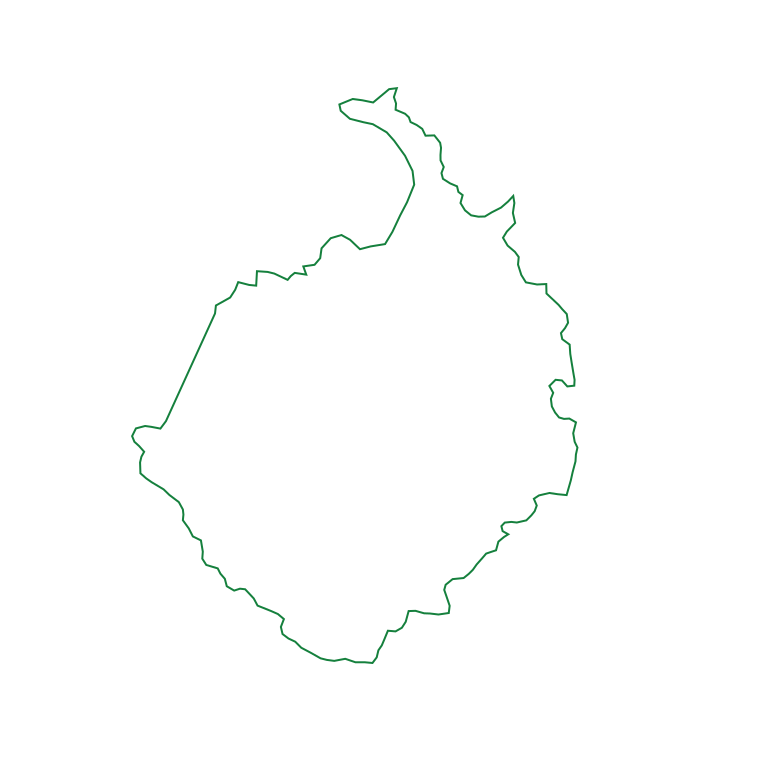 Petrolina de Goiás, Goiás, Brazil (Mercator projection), rotated 293°
{"feature_id": "56859067B28071747683411", "entity_name": "Petrolina de Goiás", "entity_type": "district", "adm_level": 2, "iso_a3": "BRA", "parent_name": "Brazil", "parent_adm1": "Goiás", "projection": "mercator", "projection_center": [-49.296, -16.111], "detail": "fine", "context": "isolated", "style": "outline", "palette": "green", "viewbox_px": 768, "rotation_deg": 293, "n_neighbors": 0, "source": "geoboundaries", "source_scale": "gbopen_adm2", "svg_char_len": 2758}
<svg xmlns="http://www.w3.org/2000/svg" viewBox="0 0 768 768"><g transform="rotate(293 384 384)"><path d="M607.6,429.5L600.4,426.9L592.1,422.8L584.1,416.1L577.6,411.4L574.9,405.5L573.3,398.3L575.5,390.7L580.5,383.7L588.6,382.6L589.9,377.4L594.5,374.0L594.5,366.5L595.9,358.1L600.6,354.5L607.1,354.2L611.9,348.7L616.9,346.5L623.7,344.2L628.0,341.4L632.5,333.2L628.8,325.2L633.8,319.5L635.2,312.8L635.5,306.1L639.2,302.7L641.0,297.8L641.0,287.5L646.9,285.5L652.0,281.0L661.3,280.2L657.4,273.5L638.9,264.0L636.7,253.2L634.1,243.8L623.9,233.7L618.6,237.4L614.8,249.0L616.9,262.6L618.8,272.2L616.7,288.2L611.9,298.3L602.3,314.2L591.3,327.0L579.3,333.9L560.3,334.2L545.5,333.0L527.4,332.3L513.2,330.3L505.4,317.9L498.7,309.2L503.5,296.4L504.5,286.6L497.4,278.0L484.5,273.5L474.9,276.1L466.6,273.5L460.7,263.8L454.3,269.7L451.4,258.4L446.9,256.0L442.2,254.6L442.8,239.9L441.7,233.1L438.2,223.0L424.6,227.9L422.5,221.2L420.8,210.0L412.6,210.2L403.5,208.6L390.6,198.6L382.9,200.9L264.6,197.8L255.6,195.6L253.6,186.4L252.0,180.5L246.2,173.0L237.6,172.5L233.3,176.8L231.2,182.8L227.9,189.7L222.3,189.1L216.5,190.1L206.6,194.7L204.2,202.0L202.8,208.6L201.8,215.9L200.9,222.3L198.0,229.8L195.1,241.3L189.9,247.9L185.4,250.4L180.0,252.1L174.8,260.7L169.0,267.6L168.5,276.6L158.9,282.7L152.2,285.0L148.0,291.1L149.3,303.0L145.5,307.5L142.5,313.6L136.4,318.3L135.3,326.8L139.3,331.4L140.8,336.4L135.7,347.9L130.6,354.2L130.9,368.7L130.8,376.2L128.5,383.7L120.1,384.0L114.2,388.3L112.4,395.5L112.1,403.0L108.9,410.9L108.0,421.4L106.7,432.8L107.7,439.2L109.7,446.4L115.9,455.7L116.7,466.5L120.3,474.9L122.7,482.4L129.5,484.1L136.7,482.9L142.5,484.1L149.0,484.1L158.4,484.0L160.8,491.3L166.6,495.7L173.6,496.9L184.6,495.4L187.5,501.6L188.6,510.5L190.7,516.0L193.1,524.2L198.5,533.1L205.5,531.1L212.9,524.5L218.0,519.9L223.3,519.2L231.2,523.4L236.5,533.1L242.3,536.2L247.7,538.4L254.1,539.8L262.1,542.5L267.8,544.3L271.3,548.2L274.7,552.1L283.6,550.9L290.0,554.2L294.2,557.1L294.9,550.7L299.0,547.6L303.6,549.3L306.8,555.1L308.4,560.4L314.1,568.3L320.8,571.0L325.8,572.4L331.8,572.1L336.9,566.8L342.0,570.2L348.3,578.8L350.4,586.9L353.1,595.5L362.0,594.4L368.4,593.6L376.5,592.1L387.6,590.5L394.1,588.2L401.1,586.9L405.3,582.1L412.6,577.4L423.7,575.7L424.6,568.1L422.2,563.3L421.6,558.2L424.6,552.6L428.9,547.3L435.6,543.4L442.0,543.2L446.8,537.0L454.9,540.3L456.8,546.4L453.4,553.7L456.8,559.8L462.3,557.8L466.9,554.8L476.5,548.7L484.5,543.7L492.8,539.5L494.9,530.6L500.0,527.0L506.2,528.8L512.3,529.5L519.8,524.9L522.6,518.6L525.0,513.9L530.8,498.2L539.4,494.3L535.4,486.0L533.0,474.9L538.0,467.8L546.3,460.7L553.5,458.4L556.8,452.9L559.7,443.7L565.1,436.4L572.3,437.5L583.5,441.8L591.8,435.8L601.5,433.3L607.6,429.5Z" fill="none" stroke="#15803d" stroke-width="2"/></g></svg>